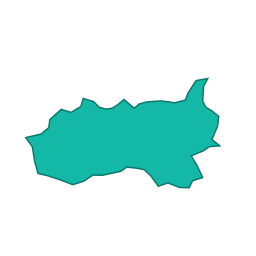 Dali, Nicosia, Cyprus (Robinson projection), rotated 111°
{"feature_id": "46923920B65421651141260", "entity_name": "Dali", "entity_type": "district", "adm_level": 2, "iso_a3": "CYP", "parent_name": "Cyprus", "parent_adm1": "Nicosia", "projection": "robinson", "projection_center": [33.409, 35.042], "detail": "fine", "context": "isolated", "style": "filled", "palette": "teal", "viewbox_px": 256, "rotation_deg": 111, "n_neighbors": 0, "source": "geoboundaries", "source_scale": "gbopen_adm2", "svg_char_len": 813}
<svg xmlns="http://www.w3.org/2000/svg" viewBox="0 0 256 256"><g transform="rotate(111 128 128)"><path d="M53.3,71.3L59.3,81.4L73.6,84.5L81.4,84.5L87.8,93.5L89.1,99.9L91.1,107.5L96.9,119.7L101.5,126.1L107.3,129.3L102.8,142.0L109.9,145.9L115.1,149.7L118.3,155.4L119.0,162.5L115.7,169.5L116.4,180.4L124.8,179.7L133.9,186.8L134.5,197.0L148.2,204.0L156.0,202.1L165.0,207.2L173.5,220.0L180.0,210.4L192.3,203.4L202.7,195.7L201.4,186.1L200.7,174.0L200.7,159.3L193.6,150.3L184.5,143.9L181.3,135.0L170.9,119.0L165.0,115.2L162.4,105.6L161.1,98.0L164.4,89.7L171.5,78.8L165.0,71.1L165.0,58.4L161.8,49.4L154.0,48.8L147.5,40.5L137.8,50.7L131.3,59.0L122.2,49.4L116.4,45.6L111.8,36.0L108.6,45.6L94.3,45.0L84.6,47.5L82.0,55.8L80.7,62.8L76.2,67.9L61.9,72.4L53.3,71.3Z" fill="#14b8a6" stroke="#0f766e" stroke-width="1.5"/></g></svg>